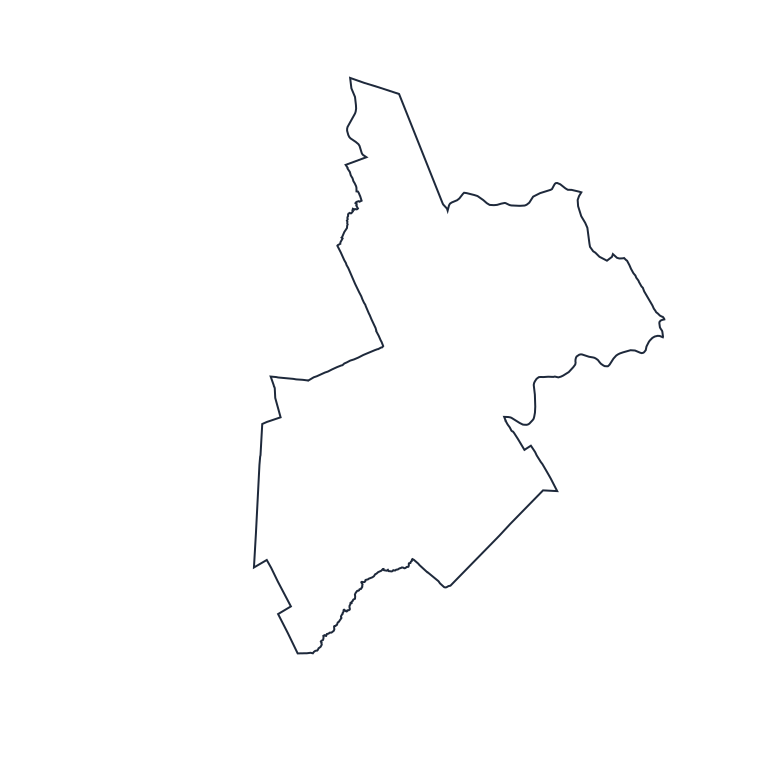 outline of Lugoj, Timis, Romania, rotated 305°
{"feature_id": "2599482B71711166476892", "entity_name": "Lugoj", "entity_type": "district", "adm_level": 2, "iso_a3": "ROU", "parent_name": "Romania", "parent_adm1": "Timis", "projection": "albers", "projection_center": [21.931, 45.705], "detail": "fine", "context": "isolated", "style": "outline", "palette": "slate", "viewbox_px": 768, "rotation_deg": 305, "n_neighbors": 0, "source": "geoboundaries", "source_scale": "gbopen_adm2", "svg_char_len": 6166}
<svg xmlns="http://www.w3.org/2000/svg" viewBox="0 0 768 768"><g transform="rotate(305 384 384)"><path d="M582.2,585.6L582.8,585.4L586.5,582.0L587.1,581.2L588.1,578.6L588.8,577.4L591.7,574.7L592.7,574.1L594.5,574.2L595.3,574.6L596.3,575.3L597.7,576.6L598.1,576.2L598.7,574.7L598.9,573.8L598.6,573.1L598.3,570.8L598.8,568.0L598.9,565.9L599.2,565.1L599.6,564.4L600.5,561.8L602.3,558.8L609.1,544.0L611.3,540.8L611.6,539.0L613.9,534.2L614.6,533.2L615.8,529.6L617.0,527.8L617.8,524.8L620.0,520.3L622.1,516.9L624.4,512.4L624.4,511.2L624.9,508.4L624.2,507.9L621.8,504.8L621.0,502.5L621.7,497.0L618.9,497.8L612.9,495.9L611.8,487.5L612.8,481.8L612.7,479.2L614.5,474.1L616.9,471.7L628.6,461.0L631.4,456.4L634.6,449.3L641.0,441.0L645.8,437.1L649.7,436.0L654.2,435.7L653.4,433.3L650.6,426.3L648.5,423.1L648.3,420.4L648.7,413.9L648.0,410.6L647.2,409.6L646.2,409.2L645.0,409.2L640.0,409.8L638.6,409.1L629.9,402.4L623.0,398.7L615.8,399.0L612.6,398.0L610.9,396.9L607.8,393.0L603.3,385.9L602.6,384.2L601.9,379.8L601.5,379.0L599.0,376.6L595.6,373.9L593.5,371.4L591.3,367.8L591.1,364.4L591.6,359.9L591.6,352.8L590.6,349.6L587.8,342.3L586.6,339.9L585.1,339.6L579.2,339.3L576.5,338.5L571.6,335.4L569.6,334.6L567.6,334.8L562.5,336.7L563.8,335.0L565.0,329.5L565.6,328.4L630.2,230.0L623.9,209.2L619.3,195.0L615.3,180.7L607.5,187.7L602.5,195.6L596.3,201.1L593.6,203.2L591.0,204.5L589.1,205.1L573.7,206.7L572.1,207.3L570.3,208.5L567.5,211.9L566.4,213.9L566.0,215.7L566.1,222.0L565.8,225.5L565.0,227.4L560.4,233.3L559.9,234.3L559.6,235.4L559.7,239.5L541.5,226.9L540.2,230.3L539.6,230.5L538.1,234.4L535.8,237.2L534.5,240.2L532.6,242.6L531.6,244.9L530.0,247.7L528.9,248.9L526.0,251.0L526.7,252.3L525.9,254.0L524.4,256.3L524.3,256.6L521.3,260.5L519.3,259.4L519.3,258.5L517.8,257.3L516.9,256.9L516.0,256.8L515.8,256.9L516.2,257.6L516.1,257.9L515.1,258.9L514.6,258.7L514.3,258.9L512.8,262.0L511.7,261.7L511.2,261.2L510.7,259.9L509.7,259.6L509.8,258.5L509.7,258.0L508.0,258.6L507.6,259.5L505.1,259.3L504.5,258.5L504.5,257.8L503.5,257.4L503.3,257.2L502.3,257.3L500.9,258.3L500.2,258.3L498.9,258.8L498.4,259.6L498.1,259.8L496.5,259.9L496.1,260.8L494.4,261.8L493.9,262.7L492.8,262.9L490.5,264.2L485.8,264.3L480.5,265.4L479.6,265.3L479.6,266.2L479.5,266.6L475.3,267.0L474.1,267.5L473.8,267.8L471.2,266.5L470.5,266.5L467.0,273.1L462.6,280.5L461.3,283.3L459.9,285.2L458.5,288.2L449.5,302.8L444.8,311.2L442.8,315.1L441.0,317.7L439.1,321.0L438.2,323.2L437.3,324.4L433.0,331.3L432.3,332.7L429.7,336.8L425.0,345.0L423.2,347.2L422.9,347.2L420.4,352.1L417.7,356.5L417.3,357.5L414.6,361.6L413.0,361.5L412.2,360.7L409.2,359.2L408.8,358.7L406.5,357.1L395.9,350.4L390.9,347.8L386.9,345.3L383.8,342.9L380.3,341.1L378.0,339.7L375.6,339.2L374.6,338.3L370.8,335.8L366.2,333.1L362.0,330.9L359.6,329.1L351.8,324.5L349.2,322.6L343.4,320.0L343.5,319.8L342.8,318.8L340.8,315.0L337.4,309.4L336.2,306.8L328.6,293.5L327.9,291.8L325.1,286.9L319.8,294.3L318.8,295.4L318.6,296.1L317.8,297.0L310.2,302.9L297.4,318.4L285.7,309.8L281.4,307.2L254.8,323.7L253.5,324.2L246.4,328.3L187.8,365.0L159.1,382.7L172.6,388.9L168.7,397.0L161.3,410.3L148.4,435.3L134.8,429.2L124.8,448.1L113.8,467.8L119.4,475.5L121.7,478.0L122.6,480.2L124.3,480.2L126.0,480.8L127.0,481.7L127.2,482.1L128.3,482.3L130.0,482.0L132.2,482.8L134.3,482.6L135.1,482.3L135.5,481.6L136.4,481.2L136.5,480.4L136.7,480.0L137.8,480.0L139.1,480.8L139.6,480.8L141.3,480.1L142.9,478.8L143.4,479.2L144.0,479.2L144.3,479.5L144.1,480.4L144.5,481.1L146.4,480.6L147.8,481.8L149.1,482.1L150.3,483.6L153.0,484.4L154.4,484.1L156.7,482.2L157.3,482.2L158.0,483.1L158.8,483.1L159.7,483.6L162.1,482.9L163.7,483.5L164.6,483.3L166.5,483.4L167.3,483.2L167.7,483.4L168.1,483.2L168.3,482.7L168.7,482.2L169.2,482.0L171.4,481.8L172.1,482.0L172.6,481.5L174.5,481.4L175.5,480.6L176.0,480.6L176.3,480.9L176.0,482.8L176.2,483.8L176.5,484.0L177.0,483.7L177.6,483.8L177.9,484.4L178.3,484.6L178.5,484.9L179.5,485.3L180.1,485.1L181.5,483.6L182.8,482.9L184.0,482.9L185.1,482.3L185.7,482.9L186.0,482.3L186.8,482.7L187.4,482.5L188.3,482.8L189.7,482.5L191.5,483.4L193.5,482.2L194.9,480.9L196.7,480.6L199.1,480.7L199.5,480.9L200.0,481.6L200.7,481.9L201.8,481.7L203.0,482.7L204.0,482.5L204.4,482.7L205.1,482.6L205.5,482.5L205.8,482.0L207.4,481.5L208.5,479.2L208.9,479.1L209.3,479.4L209.8,480.7L210.6,481.6L211.7,481.8L212.5,481.3L213.2,481.5L214.7,482.9L215.8,483.2L218.9,485.3L220.7,486.0L223.1,485.9L224.3,486.6L226.5,487.1L229.5,488.9L231.8,489.2L232.2,489.7L231.4,490.4L231.5,490.9L232.7,493.4L234.0,493.8L233.4,495.1L234.9,497.8L235.6,498.3L236.8,498.4L237.5,500.0L238.9,500.5L240.0,501.7L241.8,502.4L243.0,503.4L243.9,503.8L244.5,504.8L244.7,506.1L244.9,506.6L245.6,507.1L247.2,507.6L248.1,508.7L248.4,508.8L249.4,508.5L251.2,507.3L251.5,507.3L252.5,508.3L253.9,507.9L255.0,508.3L255.9,507.7L256.6,507.6L257.0,507.8L256.9,508.9L257.1,509.3L256.5,515.1L256.0,516.9L254.6,527.5L254.8,527.6L253.7,541.8L252.8,544.2L252.1,549.7L252.4,550.7L252.9,551.4L254.0,552.1L255.4,552.7L256.9,554.1L326.0,565.5L342.0,567.7L388.1,575.3L395.6,587.3L402.1,575.0L404.4,570.2L409.3,559.6L410.0,557.3L413.1,550.0L414.9,546.9L417.3,540.8L417.7,539.7L410.6,536.8L415.8,525.2L418.5,518.6L419.0,517.0L418.8,516.0L418.9,515.1L420.6,511.9L421.7,508.6L423.0,505.9L423.8,504.8L423.6,504.6L424.6,503.4L426.0,501.3L428.2,504.7L429.1,506.6L429.4,507.8L429.9,517.5L430.4,521.0L431.0,522.1L432.4,524.3L433.7,525.3L434.9,525.8L439.7,526.5L441.4,526.5L443.6,525.7L447.1,524.1L452.2,520.9L461.8,513.7L469.1,507.2L470.9,506.4L472.5,506.1L475.6,506.0L477.0,506.4L478.4,506.9L479.3,507.9L481.2,510.7L484.2,514.4L486.9,518.6L488.1,519.7L489.4,523.0L491.5,524.7L493.6,525.9L499.7,528.5L506.3,529.4L509.6,529.5L511.4,528.7L512.5,527.7L514.0,526.8L515.6,526.2L517.0,526.0L519.9,527.1L521.0,528.0L521.7,529.0L523.9,536.3L525.7,540.1L526.2,541.5L526.4,543.5L526.3,545.7L525.7,547.4L525.0,550.0L525.0,552.9L525.2,554.5L526.6,556.8L527.1,557.3L529.2,557.7L536.4,557.4L540.5,557.9L542.3,558.6L544.2,559.6L547.1,561.7L553.1,566.6L555.4,570.4L556.6,576.0L557.1,577.4L558.2,578.4L559.1,578.8L561.8,579.0L565.3,577.5L570.2,576.8L572.0,576.8L575.7,577.4L578.1,578.5L580.4,580.5L581.5,582.3L582.2,585.6Z" fill="none" stroke="#1e293b" stroke-width="2"/></g></svg>